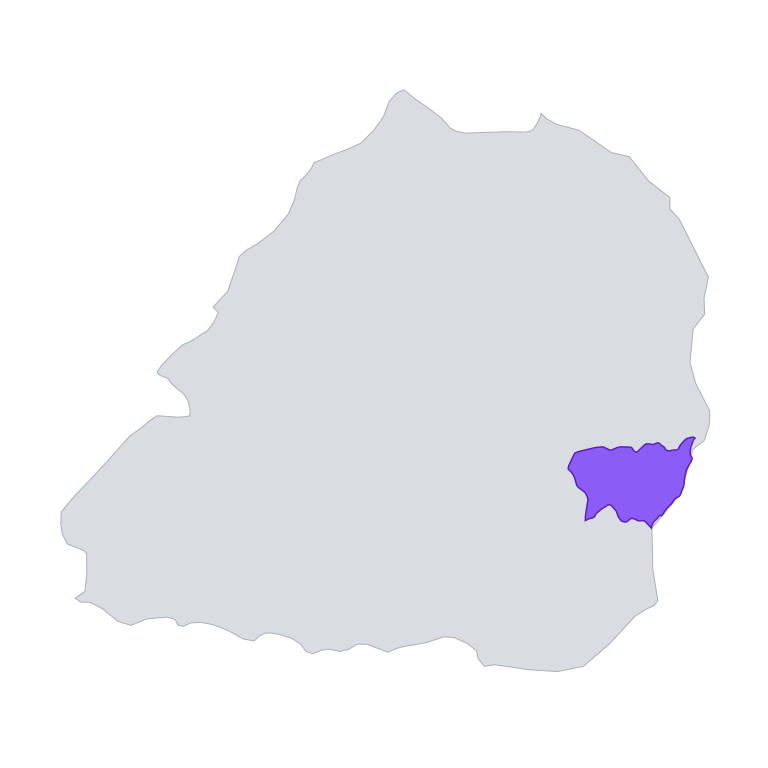 Uruguay, with San José highlighted, rotated 268°
{"feature_id": "URY-5", "entity_name": "San José", "entity_type": "Department", "adm_level": 1, "iso_a3": "URY", "parent_name": "Uruguay", "parent_adm1": "", "projection": "natural_earth1", "projection_center": [-56.713, -34.322], "detail": "fine", "context": "in_parent", "style": "filled", "palette": "violet", "viewbox_px": 768, "rotation_deg": 268, "n_neighbors": 0, "source": "natural_earth", "source_scale": "10m", "svg_char_len": 3767}
<svg xmlns="http://www.w3.org/2000/svg" viewBox="0 0 768 768"><g transform="rotate(268 384 384)"><path d="M649.1,550.4L643.6,555.4L637.7,565.0L630.7,587.8L607.4,619.2L602.6,637.0L577.7,655.5L560.2,676.3L548.8,675.8L538.5,684.8L479.4,711.9L458.3,706.8L442.6,706.9L428.1,694.9L394.9,690.6L374.0,695.4L346.0,708.5L337.6,708.3L331.5,707.6L316.4,702.1L308.1,690.5L265.1,677.2L230.4,646.7L189.4,646.2L158.0,650.1L153.1,646.1L149.9,638.3L143.4,627.0L116.3,600.2L94.9,573.5L90.6,547.3L93.4,518.8L99.6,485.0L98.4,474.5L106.3,468.4L114.1,467.2L121.6,458.5L128.2,445.3L129.3,435.3L124.0,416.8L120.3,390.9L116.0,378.0L124.5,357.7L124.9,347.8L119.8,339.1L118.4,330.1L120.7,321.0L120.2,312.2L117.0,303.7L119.4,296.7L127.3,291.2L133.2,282.7L137.1,271.2L139.1,262.5L139.1,256.4L136.7,250.8L131.8,245.4L134.0,234.8L143.4,218.9L149.5,204.7L152.2,192.4L152.0,182.4L148.8,174.8L150.2,169.7L156.0,167.0L158.6,159.0L157.6,139.1L151.6,122.7L156.1,109.7L169.3,94.6L176.1,82.5L176.7,73.2L180.8,67.9L187.1,77.9L205.9,80.5L224.8,80.9L227.9,78.4L235.2,62.0L245.0,57.3L255.7,56.1L267.3,57.0L279.7,67.8L314.8,103.2L340.5,127.7L348.3,139.3L355.1,148.0L360.2,156.1L358.0,177.1L358.3,186.3L359.5,189.0L365.3,189.2L374.0,187.7L381.4,183.2L387.1,176.5L392.7,170.9L397.3,168.0L398.9,163.5L401.5,158.9L404.2,157.9L409.3,161.4L421.2,173.4L430.5,184.5L432.8,190.8L436.3,197.4L440.1,203.2L442.8,208.8L451.8,216.2L460.9,220.8L467.1,216.1L482.5,231.3L516.7,244.1L523.0,251.8L528.8,262.8L540.7,279.4L557.2,294.3L570.4,300.6L583.2,304.2L590.3,307.5L595.2,313.2L602.9,319.4L607.8,321.7L609.5,327.2L614.4,339.3L619.5,354.5L625.2,368.7L637.5,382.3L651.4,392.9L665.9,398.9L674.0,406.3L677.4,414.0L667.6,425.4L656.8,439.8L647.3,451.1L637.5,459.0L634.3,464.5L632.0,472.9L631.8,517.6L630.8,534.2L631.5,538.7L632.8,541.6L638.9,546.0L646.1,549.8L649.1,550.4Z" fill="#d9dde1" stroke="#a8b0b8" stroke-width="1"/><path d="M319.0,693.0L317.7,691.5L315.5,690.6L309.7,688.2L305.7,687.6L301.8,687.8L299.5,689.4L297.7,689.1L296.0,688.3L291.9,685.7L290.0,684.7L288.0,683.4L280.6,681.3L271.7,680.1L263.0,676.3L261.2,674.9L259.7,671.6L258.0,669.9L254.3,667.2L251.7,664.2L249.4,661.9L247.4,660.3L244.5,658.4L242.8,656.9L243.0,655.0L242.3,654.1L240.7,653.0L240.0,652.3L237.9,649.9L236.0,648.2L232.4,646.5L230.7,646.2L237.5,640.2L237.9,639.7L238.2,638.8L238.4,637.5L238.3,634.9L238.4,633.4L239.0,631.9L239.7,631.1L240.2,630.1L241.0,627.2L241.1,626.3L240.6,625.5L238.5,622.9L238.1,622.3L237.8,621.7L237.7,620.8L237.7,619.7L238.2,617.9L238.6,616.9L239.1,616.2L241.7,614.3L243.5,613.3L248.2,611.9L249.0,611.5L249.5,611.2L254.4,607.1L255.1,606.1L255.4,605.8L255.5,605.4L255.5,605.0L255.4,604.1L254.8,602.7L250.8,596.1L247.2,591.7L246.4,591.1L244.5,590.1L244.0,589.7L243.4,588.9L242.9,587.7L242.0,583.7L240.5,580.4L245.2,580.7L261.2,583.8L262.4,583.7L263.9,583.3L266.6,582.2L267.9,581.5L268.8,580.9L273.4,575.2L275.2,573.6L275.6,573.4L276.0,573.1L283.6,571.2L286.1,570.2L288.4,568.8L292.8,565.0L296.2,565.9L308.3,572.2L309.8,576.6L313.1,592.9L313.5,598.5L313.5,600.0L313.3,601.1L313.0,601.9L310.7,606.2L310.3,607.0L310.1,608.0L310.1,608.8L310.3,609.5L312.3,614.7L312.8,616.8L312.9,618.1L312.4,627.0L312.2,628.3L311.9,629.0L311.5,629.5L311.0,629.9L308.9,631.1L308.3,631.5L307.8,632.2L307.3,633.4L307.3,634.2L307.5,634.9L313.6,641.6L314.1,642.4L315.0,644.1L314.9,646.7L314.2,649.9L314.2,650.9L314.3,651.5L314.6,652.2L315.0,653.1L315.6,654.9L315.6,656.0L315.3,656.9L313.5,658.7L312.6,659.7L311.9,660.9L311.5,661.5L311.0,661.9L310.5,662.3L309.2,662.9L308.5,663.4L307.7,664.5L307.3,665.4L307.2,666.3L307.8,670.1L307.9,673.8L308.2,674.8L308.5,675.5L309.0,675.9L312.6,678.0L316.5,681.6L318.2,683.6L319.0,684.9L320.1,689.8L320.1,690.7L319.9,691.9L319.6,692.4L319.0,693.0L319.0,693.0Z" fill="#8b5cf6" stroke="#5b21b6" stroke-width="1.5"/></g></svg>